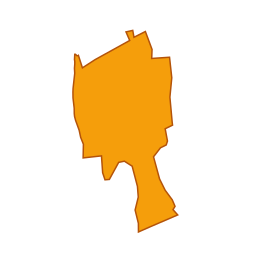 the district of Bland, Virginia, United States of America, rotated 285°
{"feature_id": "52423323B69733350271786", "entity_name": "Bland", "entity_type": "district", "adm_level": 2, "iso_a3": "USA", "parent_name": "United States of America", "parent_adm1": "Virginia", "projection": "albers", "projection_center": [-81.149, 37.127], "detail": "fine", "context": "isolated", "style": "filled", "palette": "amber", "viewbox_px": 256, "rotation_deg": 285, "n_neighbors": 0, "source": "geoboundaries", "source_scale": "gbopen_adm2", "svg_char_len": 847}
<svg xmlns="http://www.w3.org/2000/svg" viewBox="0 0 256 256"><g transform="rotate(285 128 128)"><path d="M56.9,198.5L60.8,192.6L64.5,193.7L70.1,189.3L77.5,180.0L86.9,171.7L106.8,160.1L117.3,164.5L121.5,169.3L125.6,169.5L136.9,164.1L142.3,170.3L144.7,169.3L168.6,160.5L187.8,157.3L207.1,149.8L201.3,132.9L210.1,130.9L225.7,119.8L217.2,110.3L223.5,107.3L220.3,101.2L213.0,107.0L185.5,78.5L174.3,68.4L185.3,61.3L184.9,61.0L184.6,60.0L185.6,58.2L185.4,57.5L180.2,58.6L178.7,59.3L176.2,60.0L171.9,60.8L167.0,62.4L152.0,64.7L148.5,65.5L142.8,67.1L133.2,70.9L127.9,72.4L125.3,73.4L121.8,75.4L113.2,81.4L106.7,84.7L100.8,89.1L87.5,92.4L94.2,109.6L78.2,115.1L72.0,119.2L73.5,123.3L92.4,127.9L95.0,133.1L92.2,141.9L74.1,152.2L63.9,155.8L50.6,156.1L38.6,162.7L30.3,165.0L38.5,175.2L56.9,198.5Z" fill="#f59e0b" stroke="#b45309" stroke-width="1.5"/></g></svg>